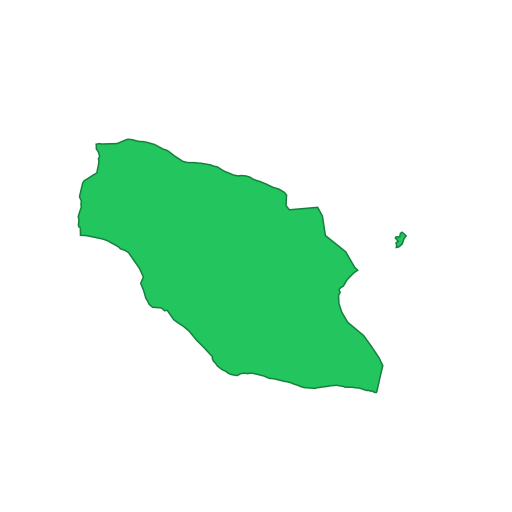 Gassol, Taraba, Nigeria, rotated 238°
{"feature_id": "59680162B86116731035265", "entity_name": "Gassol", "entity_type": "district", "adm_level": 2, "iso_a3": "NGA", "parent_name": "Nigeria", "parent_adm1": "Taraba", "projection": "albers", "projection_center": [10.507, 8.392], "detail": "fine", "context": "isolated", "style": "filled", "palette": "green", "viewbox_px": 512, "rotation_deg": 238, "n_neighbors": 0, "source": "geoboundaries", "source_scale": "gbopen_adm2", "svg_char_len": 3514}
<svg xmlns="http://www.w3.org/2000/svg" viewBox="0 0 512 512"><g transform="rotate(238 256 256)"><path d="M366.5,118.1L363.5,122.6L357.6,128.8L355.2,131.3L354.2,132.4L350.6,135.9L347.5,138.2L345.4,139.4L341.6,141.5L339.6,142.6L336.5,144.3L333.8,144.9L330.2,147.9L326.5,149.7L316.8,150.1L311.9,150.4L307.1,150.6L301.1,149.8L297.9,149.4L293.9,143.7L289.0,142.9L286.3,142.4L283.4,141.6L281.4,141.0L278.1,140.1L275.4,140.2L271.6,139.8L267.3,141.1L262.2,148.2L258.0,149.5L256.9,151.9L245.5,152.5L240.0,154.7L235.5,156.9L228.0,159.4L216.0,161.0L215.1,161.2L206.5,163.2L193.4,165.7L192.3,164.6L189.6,164.2L186.4,164.9L183.2,165.0L179.5,166.3L176.8,167.5L174.2,169.3L172.1,170.0L170.0,171.1L167.9,172.9L165.9,175.2L165.3,175.8L164.7,176.6L164.3,179.4L164.5,180.4L162.3,184.8L160.8,186.3L159.5,189.3L158.5,191.0L155.9,193.3L154.4,195.0L152.3,196.8L150.8,198.5L147.6,200.8L145.0,202.6L143.0,205.4L141.4,207.2L138.9,209.5L138.3,210.1L134.2,214.1L132.2,216.4L129.6,218.7L127.0,220.5L124.4,222.8L123.0,223.7L121.8,224.6L119.7,226.3L118.6,227.5L116.1,230.9L114.1,233.7L113.1,234.9L112.1,236.6L112.1,238.2L111.1,239.4L110.6,241.1L109.2,243.9L108.2,246.1L107.2,248.4L106.7,250.1L105.7,251.8L103.7,255.8L100.2,259.7L99.1,260.9L97.6,262.0L96.1,264.3L93.5,268.3L92.0,270.0L91.0,271.2L89.5,273.4L87.4,275.2L85.3,276.9L83.2,278.7L82.2,280.4L80.7,281.5L79.7,283.4L79.1,283.4L78.4,283.7L78.1,283.8L77.4,284.4L76.6,285.4L76.5,285.9L77.0,286.6L80.1,289.7L80.4,289.9L80.6,290.2L83.1,292.7L84.8,294.3L89.4,298.9L91.6,301.2L93.0,302.5L94.6,304.2L95.8,305.4L102.0,306.1L103.4,306.3L104.4,306.4L106.6,306.3L108.8,306.3L110.8,306.2L117.5,306.0L131.5,305.1L148.0,299.7L148.3,299.6L151.0,298.7L153.8,298.7L160.2,298.9L163.1,299.0L163.4,299.1L164.6,299.4L168.4,300.3L172.1,301.3L174.9,302.9L175.5,303.2L177.4,304.3L178.8,305.1L179.9,307.0L180.5,308.1L183.1,308.5L183.9,309.4L184.2,311.1L184.2,314.2L185.4,316.5L185.6,316.9L186.3,318.2L187.7,320.9L187.9,322.0L188.0,322.3L189.3,327.8L189.7,329.6L189.9,330.6L189.9,331.8L190.0,332.7L190.0,334.7L194.1,333.7L212.1,334.3L236.6,325.7L254.7,333.5L264.6,334.1L277.5,308.8L279.2,308.6L282.9,308.2L291.6,314.3L292.2,313.9L294.9,313.8L300.7,310.8L305.2,306.8L305.3,306.8L305.4,306.7L309.1,304.3L311.2,303.1L314.3,300.8L316.9,299.0L319.5,296.7L322.6,294.3L326.3,292.5L328.9,290.2L329.9,289.0L330.6,288.1L332.0,286.2L333.4,283.3L336.5,279.9L341.7,276.3L343.8,274.6L347.0,272.8L351.2,270.9L352.8,269.8L354.3,268.0L357.4,265.7L359.5,263.4L361.5,261.1L364.1,258.2L365.6,255.9L367.5,253.8L367.6,253.6L370.1,249.7L371.1,248.0L372.2,246.8L375.3,243.9L379.5,242.1L382.1,240.8L384.8,239.6L388.5,238.3L390.1,237.7L392.7,236.5L394.3,235.3L395.3,234.2L398.5,232.4L401.6,230.6L404.8,228.8L405.8,227.6L407.3,226.4L410.4,223.5L413.0,220.7L414.5,218.4L417.1,215.5L419.7,213.2L421.7,210.9L423.2,208.6L425.0,197.7L430.8,187.8L431.8,186.1L432.8,184.4L434.3,182.7L435.5,179.7L433.1,178.4L431.4,177.3L428.2,177.5L426.0,177.0L423.2,176.1L422.0,173.9L419.3,172.9L415.3,169.3L413.7,167.7L411.4,165.6L410.8,165.1L410.8,163.7L410.9,161.8L410.9,158.5L410.8,150.1L409.8,147.8L404.7,142.6L399.9,137.8L399.7,137.7L395.1,137.0L393.0,135.2L389.8,133.6L387.5,130.6L383.7,126.2L380.3,124.9L376.7,122.0L374.8,121.2L373.7,121.9L372.6,121.7L366.5,118.1ZM193.4,393.9L194.5,393.7L196.6,393.2L198.8,392.4L198.6,390.4L196.1,388.0L198.0,384.9L197.4,383.7L193.1,384.4L193.1,381.9L189.6,380.4L188.9,379.5L188.4,380.4L188.0,382.6L188.7,386.4L191.0,389.1L191.9,390.4L192.7,391.8L193.4,393.9Z" fill="#22c55e" stroke="#15803d" stroke-width="1.5"/></g></svg>